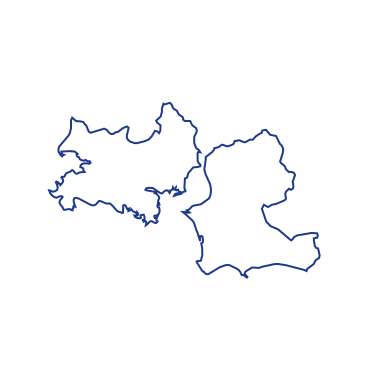 outline of Dytiki Ellada, rotated 311°
{"feature_id": "GRC-2886", "entity_name": "Dytiki Ellada", "entity_type": "Region", "adm_level": 1, "iso_a3": "GRC", "parent_name": "Greece", "parent_adm1": "", "projection": "equal_earth", "projection_center": [21.414, 38.264], "detail": "fine", "context": "isolated", "style": "outline", "palette": "blue", "viewbox_px": 384, "rotation_deg": 311, "n_neighbors": 0, "source": "natural_earth", "source_scale": "10m", "svg_char_len": 6017}
<svg xmlns="http://www.w3.org/2000/svg" viewBox="0 0 384 384"><g transform="rotate(311 192 192)"><path d="M207.5,330.3L206.7,327.6L198.6,311.3L194.1,304.1L191.8,301.6L181.5,293.9L179.0,292.6L177.7,291.2L175.4,288.0L174.2,286.8L167.2,284.6L164.8,285.3L164.2,289.6L163.5,289.6L163.2,288.1L163.3,286.5L163.0,285.1L161.9,284.1L163.3,280.9L163.8,278.3L163.4,275.7L161.5,268.6L160.2,266.5L158.6,265.2L153.4,262.3L140.9,258.3L139.8,257.3L139.2,255.4L139.6,253.1L139.0,251.9L142.3,241.2L143.1,241.2L145.9,243.8L151.1,241.2L156.3,236.5L159.4,232.6L161.0,233.2L162.5,232.2L163.8,230.7L165.1,229.4L165.1,228.2L164.6,227.8L164.2,227.3L163.1,227.8L161.9,228.6L160.9,229.5L160.2,230.4L165.5,221.8L165.8,220.8L170.0,213.8L170.5,212.2L170.8,210.1L171.0,200.8L170.9,198.2L172.1,199.7L173.7,202.6L174.9,203.6L174.8,201.8L174.6,200.3L174.0,199.1L174.6,200.1L176.4,201.1L178.5,201.4L181.0,201.4L182.7,202.1L188.6,206.8L198.0,209.0L200.3,208.5L202.7,207.4L206.5,204.6L209.7,200.6L214.4,190.5L217.1,186.5L226.2,180.6L227.2,179.4L235.1,181.0L237.6,181.0L238.7,180.8L239.8,180.1L241.0,181.1L242.5,182.1L244.2,182.9L246.0,183.2L247.5,183.7L248.2,185.1L248.7,186.9L249.6,188.6L250.9,189.7L254.4,191.5L255.7,191.8L256.6,191.6L258.0,190.9L258.6,190.8L259.6,191.9L260.4,192.6L261.4,193.0L262.1,193.8L263.4,197.8L264.3,199.4L265.3,199.9L269.6,201.4L269.9,201.8L270.4,202.5L271.1,203.3L272.0,203.6L275.7,203.6L280.8,205.0L282.3,205.8L284.4,204.7L286.3,206.0L287.5,207.2L287.1,209.1L286.5,213.5L289.4,218.7L286.0,226.7L286.0,228.8L285.3,230.8L284.1,232.8L281.8,234.5L272.8,238.5L272.1,240.5L272.5,243.2L272.1,245.7L270.9,247.6L270.6,251.8L272.4,253.9L273.3,256.1L272.5,258.6L265.8,261.3L262.7,265.0L260.5,265.9L258.5,265.2L258.1,263.0L254.0,262.7L251.7,263.6L248.6,267.4L246.6,267.4L238.5,263.5L234.8,260.7L230.5,259.2L229.5,254.7L225.2,255.7L218.4,267.4L217.8,273.8L220.3,281.5L220.5,298.6L222.5,299.0L224.6,298.5L228.5,300.0L239.5,309.1L242.9,313.5L241.8,315.5L239.6,316.4L237.0,314.3L235.1,316.1L232.0,319.9L231.2,321.9L232.1,324.2L227.9,329.9L225.6,331.2L221.7,330.1L217.4,331.1L209.4,329.4L207.5,330.3ZM227.4,172.1L226.8,170.9L226.1,170.4L225.0,170.7L219.2,175.9L218.3,177.6L218.0,180.6L216.9,181.4L214.6,179.9L211.4,176.8L204.5,176.8L202.6,177.3L200.9,178.3L199.2,178.8L197.6,177.8L190.0,183.6L188.6,186.5L187.9,186.5L186.8,185.5L185.1,185.1L183.6,185.0L182.9,184.9L182.1,183.8L177.3,181.0L179.3,180.5L181.2,181.6L182.9,183.3L184.6,184.3L184.6,183.2L184.0,182.5L183.7,182.0L183.9,181.3L184.6,180.1L183.4,179.2L182.9,179.0L182.9,177.8L183.4,177.6L184.6,176.8L182.2,176.8L182.9,174.6L181.9,175.2L180.9,175.4L179.9,175.3L179.0,174.6L178.3,175.2L177.8,175.5L176.6,175.8L177.3,172.7L175.9,171.1L173.4,170.5L171.3,170.4L170.4,168.9L169.2,159.6L166.7,156.5L165.3,155.4L164.8,155.1L164.2,155.3L163.1,155.4L163.5,156.7L168.4,165.0L166.7,165.0L167.0,165.6L167.2,165.8L167.6,166.1L167.1,167.7L166.9,169.5L166.4,170.9L165.6,171.4L164.3,171.7L161.8,173.1L161.0,173.7L161.3,174.3L161.9,174.6L161.0,175.8L159.4,174.7L158.5,175.2L158.1,176.2L158.2,176.8L158.8,177.3L157.9,178.5L156.2,180.1L154.9,180.9L154.1,181.2L151.7,181.0L150.8,180.5L149.9,179.5L149.0,179.3L148.0,181.0L148.6,181.7L149.3,182.0L150.2,182.2L148.2,182.8L147.3,183.7L147.2,185.4L144.9,185.2L144.1,183.6L143.8,181.6L143.1,180.1L141.7,179.5L138.1,179.4L136.6,179.0L138.0,178.3L139.0,177.5L139.5,176.4L139.1,174.6L137.9,175.3L137.5,175.8L138.5,173.4L139.1,172.5L138.8,173.6L140.0,174.3L141.3,173.3L142.4,172.0L143.2,170.4L141.0,168.6L140.1,168.7L139.1,170.4L137.7,169.7L136.8,168.5L136.2,166.9L135.9,165.0L136.3,164.7L136.6,163.9L137.8,165.5L139.2,166.2L140.3,165.8L140.7,163.9L139.1,165.0L139.7,163.0L138.6,160.1L139.1,158.6L139.1,157.5L138.0,157.5L137.2,157.2L135.9,156.5L137.0,155.8L137.5,155.6L138.3,155.4L137.8,155.1L137.2,154.5L136.6,154.3L137.8,151.8L138.1,150.5L137.9,149.6L136.8,148.9L135.9,149.5L135.0,150.5L133.9,151.1L133.4,151.7L132.1,152.8L130.8,153.5L130.2,152.8L129.9,151.4L128.8,149.1L128.6,147.4L129.5,141.0L129.5,137.6L127.0,134.8L125.2,129.0L124.1,127.7L119.5,127.6L117.9,127.0L116.5,125.5L115.7,123.6L112.8,111.0L111.7,108.5L110.1,107.2L108.3,107.9L106.6,109.7L105.2,111.9L104.3,113.6L103.5,111.9L102.8,112.2L102.0,113.0L101.1,112.8L99.8,113.9L99.3,113.2L99.1,111.8L98.7,110.6L94.6,107.2L94.6,106.3L95.6,104.3L96.1,101.4L97.0,98.9L99.2,97.8L101.7,97.9L103.1,97.7L103.6,97.3L103.3,96.3L102.3,95.4L101.4,94.7L98.8,93.5L97.8,91.2L97.6,88.3L98.0,86.0L99.5,83.1L100.1,84.2L100.9,86.8L102.8,88.1L105.1,88.9L107.3,87.7L108.9,85.4L110.1,82.8L110.9,82.8L111.3,84.1L111.5,84.9L111.3,85.5L110.9,86.0L111.1,86.3L111.5,86.6L111.6,87.1L110.9,88.1L113.3,88.2L115.3,87.9L116.7,86.6L117.3,83.8L118.1,83.8L119.3,85.4L120.5,85.5L121.9,85.0L123.8,84.9L125.4,85.6L126.5,86.3L127.8,86.9L129.9,87.2L130.2,88.2L129.8,90.3L129.7,92.5L130.7,93.5L132.3,93.9L133.8,95.0L136.7,97.8L136.9,96.4L137.2,95.6L137.7,95.1L138.4,94.5L138.4,93.5L137.5,91.5L138.8,90.5L141.0,90.6L142.9,91.8L145.6,95.2L145.7,95.7L146.4,96.1L147.1,96.4L147.6,96.0L148.1,94.5L147.1,93.6L146.7,92.9L146.4,90.5L146.0,90.4L145.4,90.5L144.9,90.1L143.4,87.4L143.2,85.8L144.1,83.8L143.5,82.5L143.8,81.1L144.7,80.3L145.7,80.7L145.6,77.0L142.7,73.0L136.8,66.9L135.9,67.9L135.5,68.9L135.5,69.9L136.0,71.0L134.4,70.4L133.8,70.6L133.6,68.9L134.9,64.8L136.8,63.0L139.1,62.0L153.8,61.8L156.0,61.3L160.5,59.0L166.8,53.6L169.5,52.8L169.5,57.9L172.6,62.2L173.5,64.4L172.8,66.4L172.8,68.6L169.8,74.5L170.3,76.7L182.1,84.1L183.0,86.7L182.3,90.9L182.8,93.1L184.6,94.7L186.7,95.0L188.5,96.6L195.0,98.0L198.8,99.9L198.9,102.1L192.1,105.6L190.1,107.4L189.3,109.9L189.4,112.0L191.2,116.6L192.9,118.5L199.3,123.0L203.2,124.9L207.4,125.1L213.8,124.0L215.1,126.4L214.8,128.5L217.3,128.0L221.7,124.5L221.5,120.2L222.3,118.2L228.5,118.8L233.0,116.6L235.0,114.7L239.9,112.6L240.1,113.9L244.7,116.7L244.7,118.9L242.8,122.9L243.4,127.2L241.9,131.2L242.4,136.0L240.8,137.9L240.9,140.0L244.4,144.0L242.5,148.4L242.9,153.1L241.8,155.1L239.5,156.4L235.2,157.4L230.3,161.7L227.9,166.4L228.2,169.5L227.4,172.1Z" fill="none" stroke="#1e3a8a" stroke-width="2"/></g></svg>